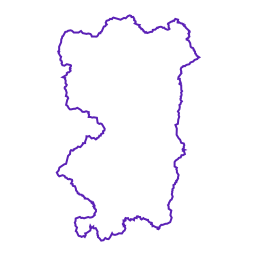 Mae Chaem, Chiang Mai, Thailand
{"feature_id": "78962969B34643742441867", "entity_name": "Mae Chaem", "entity_type": "district", "adm_level": 2, "iso_a3": "THA", "parent_name": "Thailand", "parent_adm1": "Chiang Mai", "projection": "orthographic", "projection_center": [98.301, 18.574], "detail": "fine", "context": "isolated", "style": "outline", "palette": "violet", "viewbox_px": 256, "rotation_deg": 0, "n_neighbors": 0, "source": "geoboundaries", "source_scale": "gbopen_adm2", "svg_char_len": 5708}
<svg xmlns="http://www.w3.org/2000/svg" viewBox="0 0 256 256"><path d="M177.9,123.8L178.3,119.4L179.2,116.8L178.6,114.9L179.0,113.1L177.9,111.4L179.4,109.3L179.8,106.9L179.4,105.0L180.6,104.0L180.9,102.5L181.9,101.3L180.7,100.1L180.4,98.9L181.0,98.0L180.7,96.4L181.3,96.0L181.6,94.6L181.1,92.5L182.1,91.1L181.3,90.1L181.2,85.1L179.4,83.9L179.7,83.2L180.8,83.0L179.8,80.2L179.8,78.9L178.2,78.9L178.5,77.1L181.5,73.1L181.0,72.1L181.3,71.5L180.7,69.2L181.4,67.5L182.6,67.0L182.9,66.3L184.2,65.9L184.9,66.2L186.4,64.9L189.4,64.2L190.4,62.5L193.2,61.5L194.6,59.9L197.3,59.0L197.7,58.2L199.2,57.3L196.5,55.5L196.1,54.2L195.2,53.5L195.0,51.5L194.3,51.0L194.2,50.1L193.5,49.7L193.5,48.7L192.9,47.9L191.5,47.6L190.6,46.6L190.2,43.2L188.7,40.5L186.6,39.6L186.6,38.8L188.4,37.9L188.4,37.4L189.4,36.6L188.9,34.8L189.1,34.2L188.5,33.7L188.9,33.4L188.9,32.3L189.2,32.6L189.7,32.0L189.6,31.2L185.8,27.7L185.4,26.8L184.3,26.2L184.7,25.2L183.6,24.9L183.5,24.4L183.1,24.7L182.1,23.5L180.4,23.2L179.1,22.2L178.3,22.7L177.6,22.5L178.1,19.7L175.3,18.9L174.1,20.9L173.3,20.6L172.5,21.4L171.5,21.5L168.1,23.5L167.9,24.0L168.7,25.1L168.6,27.1L169.5,28.9L168.6,29.5L167.5,29.7L165.2,28.8L164.1,27.6L163.0,27.9L161.6,26.9L160.3,26.8L158.3,27.3L157.8,28.0L157.1,27.7L155.3,29.6L152.8,29.9L152.7,31.0L152.0,31.9L150.5,31.9L147.4,33.0L146.6,32.4L146.5,32.8L145.2,32.7L145.2,32.1L143.6,31.4L143.3,30.8L143.5,30.5L142.2,29.0L141.4,29.2L141.2,28.4L140.4,28.0L140.2,27.2L139.3,27.0L139.1,25.9L139.6,25.0L137.6,24.7L134.8,23.4L135.6,22.5L135.6,21.4L134.1,20.2L134.4,19.2L133.9,18.8L133.7,17.6L133.1,16.9L131.5,17.1L131.1,15.9L129.7,15.4L127.8,16.2L125.7,18.3L124.0,17.9L120.6,19.7L113.4,17.6L112.6,18.0L112.0,19.1L110.0,18.9L109.1,20.0L106.5,20.8L105.7,22.8L106.8,24.5L105.9,25.0L105.3,26.2L103.8,26.6L101.7,31.5L100.6,32.1L100.4,33.2L99.0,33.2L97.7,35.7L96.7,36.6L91.8,36.5L91.4,35.2L90.5,34.0L88.4,33.5L86.5,33.9L82.7,33.1L81.0,31.0L78.6,32.5L73.8,32.5L72.0,30.8L70.6,30.3L68.0,30.8L67.1,31.6L65.3,31.9L63.1,36.0L62.3,36.4L62.0,38.1L61.3,39.3L61.1,42.3L59.1,46.8L59.2,49.9L58.3,51.5L59.2,51.9L58.6,53.0L60.2,55.9L61.1,56.7L60.3,59.3L60.6,60.4L61.3,60.6L61.7,61.3L62.0,62.6L61.5,63.3L62.4,65.2L64.4,65.7L66.8,64.2L70.6,65.1L71.0,65.5L70.9,66.5L70.0,67.5L69.8,68.2L70.5,68.8L69.9,69.6L70.6,70.8L68.9,72.3L67.9,72.3L66.8,73.1L66.9,74.5L66.5,75.0L62.7,77.2L65.2,78.0L65.0,79.1L65.7,80.6L65.5,83.3L66.8,84.9L66.0,86.4L64.9,87.0L64.6,87.8L64.8,88.7L65.7,89.6L66.7,92.7L65.9,96.1L67.4,96.6L68.2,98.2L67.2,100.1L66.1,104.9L67.6,106.0L68.5,107.8L69.8,109.3L71.0,109.4L74.2,108.7L75.0,108.9L77.3,107.8L80.8,109.9L82.4,111.8L84.5,111.9L86.1,111.3L88.8,112.2L88.3,113.6L89.1,114.3L88.7,117.0L90.5,117.0L92.2,117.6L93.8,117.3L96.9,117.8L97.6,122.8L99.3,123.9L100.7,123.5L101.9,124.1L104.7,128.8L104.4,130.5L103.0,131.2L103.2,133.2L101.2,133.9L100.7,135.7L99.3,135.7L98.6,137.5L97.1,138.0L96.5,139.1L95.8,139.4L93.9,137.9L91.6,138.4L89.3,136.0L88.0,136.5L86.5,136.3L86.4,138.3L85.1,141.7L85.1,143.1L82.9,143.2L82.8,144.2L80.4,147.1L78.0,146.6L76.9,147.9L73.7,149.4L73.7,150.1L72.8,150.7L71.1,150.1L70.3,151.2L70.0,154.1L68.1,155.8L66.1,163.8L64.3,164.3L59.4,167.6L58.6,170.6L56.8,172.5L58.1,175.1L59.3,176.3L62.6,175.2L64.6,176.0L65.4,177.6L66.6,177.7L67.6,179.0L68.9,179.3L69.5,178.9L72.0,179.8L72.3,181.0L71.1,183.5L72.7,184.1L72.6,185.3L73.1,186.0L74.9,186.2L75.8,188.4L76.1,190.5L77.3,191.7L77.7,193.3L78.8,193.4L79.1,194.3L79.6,194.5L81.8,194.8L82.3,195.8L83.3,195.7L83.8,196.8L84.9,197.7L84.8,198.5L87.7,198.8L90.7,201.5L91.6,201.5L92.0,202.3L91.7,202.9L92.3,203.4L92.5,202.6L93.1,202.4L94.1,205.1L93.6,205.9L94.4,205.9L94.0,207.3L94.5,207.4L94.4,208.4L95.9,209.6L96.0,211.4L94.4,213.7L94.7,214.6L94.3,214.6L94.3,215.4L92.9,216.7L91.8,217.3L89.9,217.6L88.2,217.0L84.1,218.3L82.5,217.8L81.2,218.0L79.9,216.9L75.7,218.5L75.5,221.3L74.8,222.6L75.5,224.4L75.4,225.7L77.0,227.5L75.8,231.1L76.8,231.9L78.4,235.5L79.2,236.1L80.6,236.2L81.5,236.9L83.8,236.0L84.8,236.9L85.8,235.0L85.2,233.4L86.4,233.1L90.3,230.5L90.6,228.8L90.0,226.8L90.3,225.8L91.1,227.2L91.9,227.8L93.2,226.7L93.2,227.6L94.0,228.4L95.7,228.1L97.6,231.6L97.2,233.7L97.7,234.2L97.6,235.4L98.1,235.7L98.0,237.1L99.6,238.4L101.2,240.6L103.5,240.2L105.3,238.0L107.0,239.0L108.6,239.1L110.1,237.2L112.1,233.3L112.7,234.4L115.0,234.9L117.2,234.3L118.9,233.3L121.9,233.5L123.5,231.2L124.6,230.5L125.4,228.4L124.7,226.6L124.9,226.0L123.8,226.2L124.0,224.7L123.0,224.6L122.8,224.0L123.5,223.2L123.6,221.6L124.8,220.9L124.0,220.3L125.5,219.9L125.2,218.5L125.6,218.0L126.9,218.4L128.0,218.1L128.5,219.2L130.2,220.5L130.7,220.1L130.9,219.2L132.9,219.4L134.0,220.1L134.3,218.3L135.3,217.7L136.7,218.1L137.0,216.4L138.0,216.3L138.7,216.9L140.1,217.0L140.7,218.9L141.6,219.5L143.4,218.1L144.4,219.0L145.8,219.2L146.4,219.9L148.0,219.9L148.2,220.9L149.4,222.3L151.6,222.8L151.2,224.1L152.1,224.2L152.5,226.2L153.4,225.9L156.1,227.3L157.0,227.3L157.5,227.7L157.5,228.9L158.5,229.2L159.6,227.9L159.4,226.8L161.3,224.8L162.6,224.9L165.4,223.8L167.2,223.7L170.2,222.1L171.7,217.7L170.4,215.2L171.3,210.5L168.7,208.8L168.6,206.3L168.0,205.1L168.7,204.4L168.9,203.1L170.4,200.3L171.6,199.5L172.7,196.7L171.8,194.2L172.3,192.2L172.1,191.3L172.6,190.5L172.4,189.2L173.7,187.8L173.4,185.1L175.0,184.1L175.0,183.1L175.4,182.5L176.3,182.3L176.2,180.8L177.1,180.5L177.2,179.6L178.1,178.6L178.0,177.3L178.6,175.0L176.9,172.4L176.9,170.3L176.3,169.2L176.9,167.8L174.6,166.5L174.6,162.0L175.7,160.5L178.0,159.0L178.8,157.9L180.7,157.4L181.5,155.2L182.9,155.2L184.9,154.1L184.0,151.2L182.8,150.8L182.9,150.3L184.6,149.8L182.8,149.0L183.9,147.7L183.7,146.7L184.3,145.2L183.8,143.5L181.2,142.8L180.1,139.7L178.7,138.3L176.6,134.8L176.8,128.5L175.4,125.0L177.9,123.8Z" fill="none" stroke="#5b21b6" stroke-width="2"/></svg>